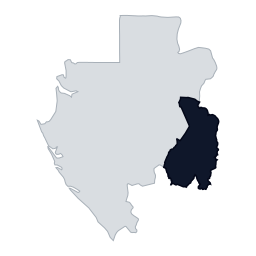 where Haut-Ogooué sits in Gabon
{"feature_id": "GAB-2627", "entity_name": "Haut-Ogooué", "entity_type": "Province", "adm_level": 1, "iso_a3": "GAB", "parent_name": "Gabon", "parent_adm1": "", "projection": "natural_earth1", "projection_center": [13.705, -1.23], "detail": "fine", "context": "in_parent", "style": "filled", "palette": "ink", "viewbox_px": 256, "rotation_deg": 0, "n_neighbors": 0, "source": "natural_earth", "source_scale": "10m", "svg_char_len": 7418}
<svg xmlns="http://www.w3.org/2000/svg" viewBox="0 0 256 256"><path d="M181.0,20.5L180.8,23.0L178.4,29.2L177.2,34.0L176.9,39.1L177.6,43.2L178.8,46.1L179.6,49.3L179.0,51.5L177.8,52.4L178.6,53.5L180.4,53.8L183.5,52.8L188.2,51.1L194.4,48.7L198.5,47.4L205.2,48.2L208.8,49.1L210.6,50.8L212.6,58.2L213.6,59.3L215.2,62.4L216.6,66.1L216.9,68.0L216.7,69.4L215.4,71.4L213.8,74.4L213.3,76.1L212.0,77.5L210.4,78.8L205.9,79.3L205.2,80.1L203.9,83.3L201.5,85.9L200.5,88.5L199.5,91.8L199.7,96.0L199.2,102.1L198.7,106.1L199.9,107.5L205.3,108.5L206.3,109.4L207.8,111.9L209.6,114.2L214.5,115.7L216.4,117.5L218.0,119.5L218.2,121.2L217.1,127.7L216.0,134.0L216.4,138.7L216.8,143.3L217.4,150.0L217.1,154.0L215.7,156.5L215.7,158.4L216.4,160.8L215.1,167.2L214.3,168.3L212.1,169.5L211.0,171.3L210.6,174.0L209.4,177.7L208.2,179.1L208.2,180.8L209.4,182.1L209.4,184.0L207.2,186.4L205.9,188.1L202.9,189.0L199.6,188.1L198.8,186.8L199.6,184.8L199.3,183.2L198.2,181.5L196.4,177.1L194.8,176.2L193.9,178.0L191.2,181.3L186.4,185.5L183.0,185.9L176.8,184.6L171.6,182.6L169.1,177.6L167.6,173.5L165.3,168.7L162.8,166.5L160.2,165.0L159.0,164.9L155.2,167.6L154.0,168.6L154.0,170.9L154.4,172.9L155.0,173.9L155.5,175.3L155.4,177.3L154.7,180.1L154.5,183.2L142.5,186.2L140.5,185.1L138.9,183.7L137.1,183.9L132.0,185.5L130.0,184.4L128.2,183.6L127.3,184.3L127.2,185.6L128.1,192.8L127.8,195.5L126.6,199.1L126.0,201.5L129.2,202.2L130.4,203.3L131.5,205.1L133.0,206.8L133.1,207.8L131.4,209.7L130.8,212.0L131.6,213.9L133.8,215.7L136.9,217.7L138.5,219.0L138.3,220.2L136.9,222.7L136.3,224.8L135.3,226.7L135.5,228.5L136.9,230.1L136.8,231.6L135.8,232.7L133.8,232.4L132.2,232.6L130.7,232.2L126.0,226.5L125.0,226.3L118.3,230.7L116.6,232.5L115.2,235.0L113.3,240.6L110.2,237.4L107.6,231.4L104.5,227.8L98.0,221.9L96.2,217.5L88.8,207.9L78.1,198.3L70.4,190.0L69.2,188.2L70.5,188.4L78.0,192.5L79.0,192.1L79.8,191.1L76.6,189.0L73.5,187.2L70.6,186.2L67.8,186.3L66.1,184.5L65.1,181.8L64.6,179.5L63.3,177.1L59.2,172.2L58.2,170.3L55.9,167.7L57.3,167.4L61.7,169.8L62.1,168.9L61.7,167.4L57.3,165.0L54.9,164.9L54.3,163.2L54.7,161.3L51.5,154.1L48.2,148.7L47.7,146.2L56.5,157.9L57.7,158.1L59.3,158.0L63.0,156.7L62.3,155.1L60.6,153.4L59.0,154.2L56.9,154.4L55.8,153.7L55.3,152.4L57.4,146.8L56.5,147.0L55.8,148.1L54.7,148.5L52.9,148.8L48.6,145.8L44.7,137.6L43.7,135.9L42.7,133.0L41.7,131.9L37.3,120.2L38.9,121.0L41.0,124.4L44.9,123.7L46.4,121.8L47.7,121.8L49.1,121.4L50.8,119.5L55.8,111.5L57.2,100.9L56.7,94.6L56.0,88.3L57.7,86.3L58.3,87.6L58.6,89.9L59.4,91.5L61.2,93.0L64.5,93.4L69.7,95.7L71.5,97.2L72.0,94.2L77.9,91.7L76.1,90.8L70.9,91.8L63.7,88.0L61.3,85.6L59.0,81.1L56.7,78.8L56.9,76.6L62.1,74.7L63.4,74.9L64.0,77.2L65.4,78.2L65.9,77.9L66.1,75.9L66.1,70.5L64.6,62.8L65.1,61.4L66.5,60.8L67.7,59.8L68.6,59.6L70.4,59.8L71.2,61.6L71.7,62.6L73.5,63.0L74.9,64.0L76.2,63.7L77.2,62.6L78.8,62.4L83.5,62.4L87.7,62.4L96.3,62.5L104.8,62.5L113.3,62.5L119.7,62.5L119.7,58.2L119.6,51.4L119.6,43.4L119.6,35.7L119.5,28.6L119.5,20.2L119.8,17.8L120.3,16.8L120.1,15.5L126.7,15.4L138.6,16.0L143.8,15.9L145.3,16.0L151.8,15.6L157.1,16.1L159.3,16.7L161.3,17.0L167.7,17.4L175.9,16.9L178.7,17.0L180.3,18.2L181.0,20.5Z" fill="#d9dde1" stroke="#a8b0b8" stroke-width="1"/><path d="M199.6,102.1L198.2,104.3L197.9,105.2L197.8,106.2L199.3,108.2L199.5,108.4L200.1,108.1L200.3,107.7L200.7,107.4L201.8,107.5L202.1,107.7L202.3,107.9L202.6,108.3L203.7,107.9L205.0,108.1L206.1,108.8L206.9,109.7L207.5,110.9L207.8,112.4L208.1,113.9L208.1,115.2L208.7,114.9L209.2,114.7L209.7,114.7L210.3,115.0L210.8,115.1L211.3,114.9L211.8,114.7L212.3,114.6L213.2,114.9L214.4,115.5L215.4,116.2L216.1,117.3L217.3,118.3L217.7,118.8L218.5,120.5L218.7,121.6L218.5,122.8L217.3,126.0L217.1,126.9L217.1,127.8L217.3,128.7L217.4,129.8L217.1,130.5L216.5,131.3L216.0,132.1L215.9,133.0L215.7,134.5L215.4,135.3L215.4,135.8L216.3,138.7L216.6,139.5L216.7,139.9L216.7,140.2L216.5,140.8L216.5,141.1L216.8,141.6L217.4,142.3L217.7,142.8L217.7,143.1L217.7,144.2L217.5,145.1L217.4,145.4L217.3,145.8L217.0,146.1L216.8,146.3L216.6,146.6L216.5,147.0L216.7,147.7L217.1,148.2L218.2,149.1L218.4,149.8L218.2,150.2L217.8,150.5L217.4,150.9L217.3,151.3L217.2,152.1L216.8,153.2L217.3,153.7L217.6,154.3L217.6,154.9L216.6,155.1L216.4,155.4L216.3,155.8L216.1,156.2L215.8,156.4L215.5,156.6L214.8,156.9L214.5,157.2L214.8,157.4L215.4,157.8L215.7,159.3L216.3,159.5L216.9,159.6L217.2,159.8L216.4,160.4L216.1,160.8L215.9,161.6L215.8,164.5L215.6,165.5L215.5,165.8L215.8,167.3L215.6,167.8L214.7,168.4L211.0,170.0L210.8,170.3L210.6,170.6L210.6,170.9L210.6,171.3L210.4,171.6L210.4,171.9L210.6,172.1L210.8,172.3L211.0,172.6L211.0,172.9L210.8,173.7L210.6,175.6L210.4,176.1L210.2,176.3L209.7,176.6L209.5,177.1L209.7,177.7L209.7,178.0L209.3,178.5L208.2,179.0L207.8,179.4L207.9,180.6L210.2,182.9L210.5,184.1L210.3,184.0L208.8,184.4L208.5,184.5L208.2,184.8L207.6,185.3L207.4,185.7L207.2,186.0L207.2,187.0L207.0,187.3L206.7,187.6L206.5,187.9L206.3,188.5L206.1,189.0L205.9,189.3L205.7,189.3L205.3,189.2L204.9,188.9L204.5,188.8L204.3,188.9L202.9,189.4L202.7,189.4L202.5,189.2L202.4,188.5L202.1,188.3L201.8,188.3L201.5,188.4L200.9,188.8L200.3,189.0L199.5,188.9L198.8,188.6L198.3,188.1L198.3,187.9L198.4,186.5L198.6,186.2L199.2,185.8L199.7,184.7L200.0,184.5L200.2,184.2L199.8,183.6L199.4,183.3L199.1,183.1L198.9,182.9L198.8,181.9L198.5,181.5L198.0,180.8L197.6,180.2L196.9,178.5L196.6,177.0L196.3,176.2L195.9,175.5L195.5,175.0L195.2,174.8L195.1,174.7L195.0,174.9L194.4,176.1L194.0,176.8L193.9,177.2L193.9,177.9L193.8,178.3L193.5,178.7L191.1,181.3L190.9,181.7L190.8,182.5L190.7,182.8L190.4,183.1L189.6,183.3L189.3,183.5L189.0,183.9L188.5,184.5L188.2,184.8L187.2,185.6L186.9,186.0L186.7,186.3L186.7,186.7L186.5,187.0L186.2,187.2L185.8,186.7L185.6,186.6L185.1,186.8L184.3,186.7L183.7,186.8L183.1,186.7L177.7,184.4L177.3,184.3L177.0,184.4L176.4,184.8L176.0,184.9L175.4,184.7L173.4,183.6L172.6,183.5L172.2,183.6L171.6,184.3L171.3,184.7L170.8,184.7L170.9,184.1L171.3,183.8L171.4,183.6L171.5,183.3L171.6,182.9L171.6,182.6L171.7,182.3L171.9,182.0L172.1,181.6L172.1,181.2L171.9,181.2L171.7,181.2L171.5,180.9L171.4,180.6L171.3,179.7L171.0,179.2L170.4,178.1L170.1,177.8L169.3,178.3L168.9,178.3L168.8,177.6L168.7,177.3L168.6,177.0L168.2,176.6L168.1,176.3L168.2,176.1L168.3,175.8L168.4,175.6L168.5,175.4L168.5,175.2L167.9,175.0L167.9,174.8L167.9,174.6L167.9,174.4L168.0,174.4L167.8,173.6L167.7,173.4L167.2,172.8L167.0,172.6L166.7,171.8L166.1,169.2L165.7,168.3L165.2,167.9L163.8,167.4L163.7,167.3L163.8,167.0L164.2,165.7L164.4,164.7L164.9,163.6L164.9,163.2L164.7,162.5L164.8,162.2L167.1,156.6L167.7,155.8L167.8,155.5L167.9,155.1L168.2,154.8L168.4,154.3L168.5,153.9L168.6,152.9L168.7,152.5L169.0,152.0L169.3,151.7L169.6,151.4L169.8,151.2L170.1,150.7L170.2,150.1L170.6,149.8L171.5,149.2L171.9,149.2L172.1,149.2L172.4,149.2L172.7,149.1L173.0,148.9L173.3,148.6L173.6,148.2L174.0,147.6L174.3,147.3L174.6,147.1L175.1,146.8L175.3,146.6L175.8,145.5L176.2,145.2L176.5,144.9L176.8,144.8L177.0,144.4L177.2,143.7L177.2,142.2L177.1,140.8L176.8,139.4L176.8,139.2L177.0,138.9L179.3,140.2L179.9,140.7L180.1,140.7L180.3,140.5L185.4,133.3L189.3,126.6L189.3,126.0L189.1,125.2L181.3,107.4L181.0,107.1L180.7,107.0L180.4,106.9L180.1,106.8L179.8,106.5L179.7,106.1L179.6,105.7L179.5,104.9L179.3,103.4L179.1,103.1L178.9,102.9L178.8,102.6L179.0,102.2L179.7,100.9L180.5,99.1L180.6,97.3L186.5,97.6L187.7,97.5L188.2,97.5L194.4,99.1L195.1,99.4L195.7,99.9L197.3,101.2L199.6,102.1L199.6,102.1Z" fill="#0f172a" stroke="#020617" stroke-width="1.5"/></svg>